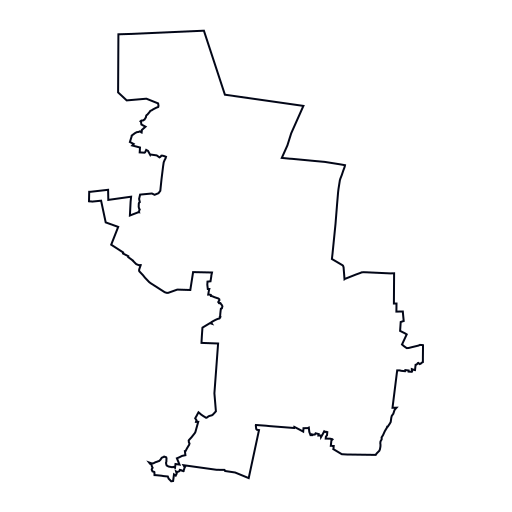 Pabellón de Arteaga, Aguascalientes, Mexico, rotated 90°
{"feature_id": "50627088B43524321041523", "entity_name": "Pabellón de Arteaga", "entity_type": "district", "adm_level": 2, "iso_a3": "MEX", "parent_name": "Mexico", "parent_adm1": "Aguascalientes", "projection": "albers", "projection_center": [-102.265, 22.105], "detail": "fine", "context": "isolated", "style": "outline", "palette": "ink", "viewbox_px": 512, "rotation_deg": 90, "n_neighbors": 0, "source": "geoboundaries", "source_scale": "gbopen_adm2", "svg_char_len": 6054}
<svg xmlns="http://www.w3.org/2000/svg" viewBox="0 0 512 512"><g transform="rotate(90 256 256)"><path d="M244.7,400.8L244.9,400.5L247.8,396.0L252.5,388.8L253.5,389.0L256.2,383.7L257.1,383.8L260.4,379.3L260.5,379.4L264.1,375.8L264.2,375.6L265.3,372.8L265.0,371.9L265.1,371.3L269.4,372.8L270.5,372.9L271.3,372.7L275.2,369.0L277.6,367.1L279.6,365.2L281.7,363.2L282.1,362.8L283.3,361.2L292.2,347.3L292.8,345.5L292.9,344.8L292.9,344.0L289.7,335.0L289.6,334.4L290.0,321.7L272.1,318.9L272.4,304.8L272.5,300.0L275.7,300.7L276.3,300.7L281.3,301.5L281.6,304.5L284.7,304.7L289.0,304.2L289.0,302.7L290.6,303.1L294.6,303.8L294.6,303.3L294.7,302.1L294.9,301.2L296.0,301.1L296.2,299.8L297.2,297.5L298.5,293.6L299.3,292.7L300.3,292.6L301.5,293.5L302.0,293.7L302.2,293.4L302.4,293.2L302.8,293.2L303.2,293.0L303.3,292.7L303.1,291.6L303.9,291.1L305.0,290.2L306.3,289.6L308.3,290.1L308.6,290.6L308.7,291.1L310.8,291.4L313.7,291.7L316.4,291.9L317.2,291.9L317.2,292.2L317.4,292.2L317.4,291.9L318.3,292.4L318.5,292.6L318.8,293.9L319.2,295.0L319.8,296.3L320.4,297.5L321.9,300.2L322.2,300.6L322.7,300.4L322.8,300.4L323.4,300.4L323.7,300.2L323.1,302.0L325.8,306.5L327.6,309.5L327.9,309.6L329.7,309.7L335.5,310.1L339.0,310.3L342.2,310.5L342.9,310.5L343.5,293.9L393.3,297.6L411.3,296.1L413.2,297.8L413.9,298.5L414.6,299.1L415.3,300.1L416.0,302.8L416.4,303.5L416.5,303.7L417.5,305.0L417.6,305.4L417.8,305.9L415.8,309.1L415.1,310.1L414.4,311.1L413.8,311.7L413.4,312.2L412.3,313.5L414.1,314.5L416.0,315.5L417.0,316.1L418.3,316.8L420.4,315.4L420.6,315.5L421.1,315.8L421.9,316.0L421.9,313.8L432.0,316.6L433.1,317.2L437.3,320.5L439.9,322.9L440.5,323.3L442.4,323.1L443.4,322.5L444.9,322.9L445.8,323.5L448.5,325.1L451.0,326.4L451.1,327.1L455.2,326.6L455.9,329.9L457.3,332.7L458.3,335.1L464.6,332.5L464.0,336.5L467.8,337.0L466.9,338.4L467.2,340.0L466.5,343.5L465.5,345.3L464.8,345.6L462.9,346.0L461.5,345.6L460.2,345.6L458.4,345.5L457.3,345.8L456.6,347.8L456.9,348.0L457.3,349.3L457.8,350.3L459.8,351.6L461.0,352.9L461.5,354.5L461.8,355.1L461.9,355.5L462.2,356.5L463.0,358.0L463.3,358.6L463.4,359.7L463.4,360.3L462.5,362.9L463.8,361.9L464.3,360.7L465.1,360.4L466.4,360.1L467.8,359.4L468.9,360.1L469.7,360.3L471.4,359.5L471.9,357.8L472.1,357.6L475.1,357.5L475.2,355.5L475.7,350.6L476.1,348.3L476.5,344.2L478.6,343.4L481.3,340.8L481.0,338.9L474.4,338.0L475.6,336.3L473.6,335.3L471.5,335.9L472.1,334.9L471.2,332.7L470.9,332.4L470.7,332.2L470.4,332.1L470.2,332.1L469.9,332.1L470.0,331.3L470.2,330.8L470.3,330.6L470.6,330.3L470.6,330.2L470.7,329.8L470.7,329.6L470.8,329.3L470.9,329.1L471.0,329.1L471.1,328.9L471.2,328.6L471.0,328.3L470.9,328.3L470.6,328.3L469.9,328.2L469.3,327.9L467.8,327.5L467.3,327.2L467.3,327.3L465.2,328.5L469.8,295.4L469.9,287.5L471.0,286.9L472.5,276.9L478.1,263.3L430.1,253.0L429.8,255.0L428.9,255.8L425.4,256.2L425.0,256.1L425.7,246.1L426.1,242.5L428.0,217.9L426.9,217.7L429.1,213.4L431.6,208.8L428.2,208.5L428.1,204.2L427.6,203.2L431.9,202.7L435.1,201.5L435.1,200.0L434.4,200.0L434.7,198.7L434.5,197.1L433.3,196.4L434.1,193.3L435.5,193.6L435.5,191.2L437.1,191.0L434.2,189.3L431.3,187.8L432.0,186.8L431.7,186.2L432.1,184.7L435.3,185.0L436.1,185.7L436.7,186.1L437.4,186.2L438.6,186.3L438.6,185.4L438.7,181.8L439.2,179.7L439.4,179.5L440.4,180.6L445.8,181.2L445.8,180.1L446.0,179.6L446.0,178.3L448.3,178.5L449.1,178.7L454.2,170.2L454.5,165.2L454.9,136.3L454.2,135.9L453.1,135.0L450.8,132.7L449.4,132.1L446.8,131.6L444.9,131.5L443.1,131.7L441.4,131.5L439.5,130.4L439.1,130.3L437.4,130.4L435.2,129.0L431.2,127.2L427.0,124.7L426.9,124.8L426.7,124.8L426.6,124.2L423.6,122.2L422.0,121.3L417.7,120.7L415.8,120.2L413.8,118.7L410.4,117.6L409.5,117.1L407.7,115.5L407.8,119.5L372.6,115.1L371.3,114.9L370.4,114.8L370.4,112.2L370.8,110.9L370.9,109.9L371.2,107.0L370.1,106.7L370.5,103.4L371.6,103.4L371.8,100.2L371.3,99.9L370.5,100.0L369.7,100.2L369.1,100.2L369.6,98.8L370.0,97.7L370.1,97.0L364.8,96.4L364.7,95.8L363.9,94.7L363.1,94.2L362.9,93.6L364.1,92.4L363.7,91.3L362.8,90.4L362.1,89.1L361.7,89.1L357.4,89.1L347.9,89.0L345.2,89.0L345.0,90.0L345.0,90.8L344.9,92.0L345.6,93.6L347.3,100.7L348.0,103.4L348.1,105.3L346.2,108.0L344.5,110.0L334.4,105.3L333.3,107.1L330.9,111.9L322.0,111.3L321.0,108.3L312.7,109.1L312.3,109.1L311.5,109.2L311.6,115.6L303.5,115.5L303.5,118.1L273.3,117.9L273.4,121.8L272.3,145.4L272.2,148.5L272.4,150.6L272.7,151.0L274.5,156.0L278.5,166.1L278.6,166.4L278.6,166.7L278.7,166.8L279.2,167.5L275.2,167.8L273.9,167.9L267.8,168.4L267.4,168.4L265.9,168.9L265.6,169.1L265.3,169.4L259.0,180.1L253.8,179.5L224.0,176.5L207.7,175.2L203.9,174.9L192.2,173.9L188.9,173.5L180.7,172.2L180.1,172.1L179.6,171.9L178.8,171.7L175.0,170.2L170.8,168.8L167.3,167.5L166.2,167.2L165.2,167.0L164.4,171.5L164.0,174.0L161.9,187.2L161.0,197.1L158.8,220.2L158.7,222.3L157.9,230.2L145.4,224.6L133.3,220.8L105.9,208.6L94.7,287.1L30.7,308.1L33.9,380.1L34.3,393.6L92.4,393.9L100.4,385.3L98.7,365.6L103.4,353.9L105.8,353.5L107.0,353.8L107.7,355.7L109.3,358.8L110.3,360.3L110.9,361.7L112.1,362.5L113.5,363.7L114.6,364.6L115.1,365.4L116.0,365.9L117.3,366.1L119.7,367.6L119.9,368.3L120.5,369.0L120.5,370.5L121.3,371.5L121.8,371.0L124.5,370.6L126.7,366.5L129.9,370.1L132.5,370.4L132.4,370.6L132.2,370.5L131.9,370.6L131.4,371.5L131.4,372.4L131.9,373.2L132.2,375.3L133.2,377.1L135.6,380.3L136.2,380.3L142.0,382.1L144.0,378.3L145.5,379.7L147.5,372.0L152.4,372.3L152.7,367.5L152.3,366.9L149.9,365.8L150.9,364.0L154.9,361.8L154.5,361.6L155.4,355.3L157.4,352.5L157.0,351.8L156.1,350.9L155.7,350.7L155.6,350.3L155.7,349.3L156.2,347.5L156.8,346.0L158.5,346.5L160.1,347.4L162.3,348.3L166.3,348.9L179.3,350.5L190.8,351.7L193.2,353.5L194.8,357.4L193.5,360.1L194.6,371.9L198.9,372.9L202.1,372.2L202.7,372.9L203.6,373.2L206.5,373.3L206.9,373.3L208.5,372.9L209.4,372.3L210.1,372.7L210.4,372.7L210.7,372.7L211.9,373.2L212.0,373.4L212.3,373.2L212.3,373.8L215.5,382.1L201.8,381.4L196.7,380.9L199.9,403.7L189.8,403.9L191.8,421.5L191.8,422.8L201.3,423.0L201.4,422.5L201.4,421.8L201.4,421.1L201.6,419.7L201.5,418.9L200.7,410.9L222.4,406.3L226.9,393.8L244.7,400.8Z" fill="none" stroke="#020617" stroke-width="2"/></g></svg>